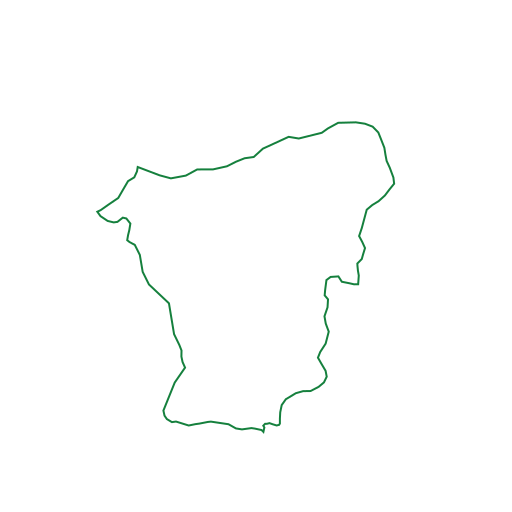 Boda, Lobaye, Central African Republic, rotated 140°
{"feature_id": "33826404B82101327169951", "entity_name": "Boda", "entity_type": "district", "adm_level": 2, "iso_a3": "CAF", "parent_name": "Central African Republic", "parent_adm1": "Lobaye", "projection": "albers", "projection_center": [17.344, 4.053], "detail": "fine", "context": "isolated", "style": "outline", "palette": "green", "viewbox_px": 512, "rotation_deg": 140, "n_neighbors": 0, "source": "geoboundaries", "source_scale": "gbopen_adm2", "svg_char_len": 1717}
<svg xmlns="http://www.w3.org/2000/svg" viewBox="0 0 512 512"><g transform="rotate(140 256 256)"><path d="M363.4,116.5L359.8,119.3L359.5,121.3L356.9,121.6L355.4,120.4L353.1,119.3L351.4,116.4L349.1,112.9L346.8,111.8L345.4,112.3L342.2,116.1L337.9,120.7L332.1,125.3L325.2,127.1L313.7,125.3L306.8,122.2L301.0,117.5L292.1,115.5L285.2,115.5L279.4,118.1L276.5,123.3L275.1,131.7L273.9,138.3L268.5,141.2L259.0,144.1L248.9,151.3L246.0,159.4L242.3,165.8L234.2,170.7L228.7,176.5L228.7,181.7L225.0,185.4L217.5,192.3L212.3,192.0L206.0,187.4L206.8,181.1L201.9,175.0L199.1,171.3L195.9,168.7L189.8,175.0L187.3,179.3L184.7,183.1L183.2,185.1L176.9,185.7L173.1,188.3L167.4,192.0L165.6,198.4L164.2,205.0L157.0,209.4L141.4,220.3L134.2,220.3L126.8,219.2L118.4,219.5L110.9,221.2L103.7,222.6L100.3,227.8L96.8,237.6L94.8,244.9L91.6,250.6L88.1,256.4L85.0,265.6L82.9,272.0L83.5,280.1L87.5,287.3L93.6,294.2L103.4,302.0L107.4,305.2L118.9,307.5L126.4,308.1L147.7,318.5L154.4,326.3L181.7,333.8L194.1,333.3L201.9,338.2L210.8,341.1L220.6,343.4L233.3,350.0L245.4,360.1L258.1,362.7L271.3,370.2L278.0,379.8L289.4,400.2L292.8,397.3L298.7,394.5L305.9,395.6L315.7,392.1L324.2,389.0L336.2,390.2L345.6,391.0L349.1,391.9L349.5,386.5L347.1,378.2L343.4,373.2L340.2,371.2L333.4,371.0L331.2,368.1L331.4,361.6L336.5,357.2L340.6,354.2L344.5,350.9L343.9,347.9L341.7,342.4L344.3,331.5L353.0,316.7L356.3,303.0L353.1,275.7L369.0,248.8L371.9,237.2L373.8,231.5L377.8,226.9L380.4,222.0L382.1,216.1L399.6,211.3L426.3,197.1L428.7,192.5L429.1,188.4L427.2,182.8L423.7,180.6L416.5,169.4L410.6,166.2L407.1,164.0L399.5,159.8L397.0,158.1L385.2,144.8L382.2,136.8L378.2,132.2L370.1,127.1L367.8,124.5L363.6,119.1L363.4,116.5Z" fill="none" stroke="#15803d" stroke-width="2"/></g></svg>